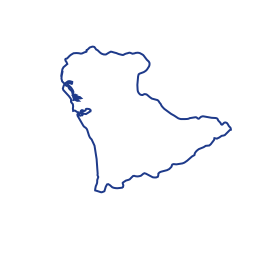 an SVG outline of Sergipe, rotated 121°
{"feature_id": "BRA-629", "entity_name": "Sergipe", "entity_type": "State", "adm_level": 1, "iso_a3": "BRA", "parent_name": "Brazil", "parent_adm1": "", "projection": "robinson", "projection_center": [-37.484, -10.548], "detail": "fine", "context": "isolated", "style": "outline", "palette": "blue", "viewbox_px": 256, "rotation_deg": 121, "n_neighbors": 0, "source": "natural_earth", "source_scale": "10m", "svg_char_len": 4313}
<svg xmlns="http://www.w3.org/2000/svg" viewBox="0 0 256 256"><g transform="rotate(121 128 128)"><path d="M198.4,124.0L197.4,124.6L194.6,125.6L192.4,125.9L191.0,126.2L189.8,126.8L188.4,127.6L185.5,128.2L185.1,128.5L184.3,129.7L183.9,130.0L182.9,130.4L170.8,138.9L160.4,147.6L156.6,153.2L155.8,155.7L154.6,157.5L150.8,161.8L150.0,163.0L149.6,164.4L149.5,166.2L149.1,167.4L143.5,177.5L142.4,178.4L141.7,178.1L141.7,177.2L142.1,176.2L142.1,175.5L141.8,174.9L141.3,174.8L140.9,174.5L140.6,173.7L140.0,173.7L139.5,174.9L138.8,173.9L137.7,171.2L137.1,170.9L134.0,169.3L133.2,169.2L133.0,168.8L132.4,168.9L131.9,169.4L131.7,170.4L131.8,171.1L132.2,172.1L132.7,173.1L133.2,173.7L133.7,173.8L134.3,173.6L134.8,173.5L135.6,174.0L136.2,174.5L136.8,174.9L138.0,175.5L138.0,176.1L136.6,175.5L136.1,175.9L136.4,176.7L137.4,177.2L138.1,177.1L138.4,176.6L138.6,176.1L139.0,176.1L139.8,176.5L140.3,177.0L140.4,177.6L140.0,178.4L140.5,179.3L140.4,182.3L141.1,183.8L141.1,183.3L141.6,183.8L139.8,185.2L137.7,186.2L136.0,187.5L135.3,189.5L135.0,190.2L134.2,190.8L133.3,191.2L132.7,191.7L132.3,192.3L131.1,195.1L128.8,202.9L127.7,204.2L124.3,205.0L123.3,204.7L123.1,204.0L123.5,203.2L123.5,202.5L122.2,202.3L124.3,199.1L124.8,198.1L125.2,195.8L125.5,195.0L126.4,193.9L129.6,191.0L130.4,190.0L130.7,189.6L132.1,189.2L131.1,188.1L130.9,185.6L130.1,184.4L129.8,186.6L129.8,187.6L130.1,188.6L129.6,188.6L128.2,185.7L127.2,184.1L126.6,183.5L126.3,185.3L128.5,189.3L128.5,191.0L128.0,190.4L126.4,189.2L126.5,190.2L126.8,190.8L127.2,191.3L127.4,191.9L127.2,192.8L126.7,193.0L126.0,193.1L125.3,193.3L124.5,194.2L123.9,195.1L122.7,197.6L121.7,202.0L121.2,202.9L120.1,202.8L119.6,201.4L119.0,198.1L118.8,199.3L118.4,199.8L117.7,199.6L117.0,198.8L117.7,201.6L118.2,202.7L119.0,203.5L122.2,204.9L122.7,205.6L121.9,208.5L119.9,210.5L117.5,211.7L115.3,212.5L116.0,212.7L111.4,214.5L109.1,214.6L104.4,213.0L103.1,214.8L102.5,216.2L101.5,217.1L100.9,217.1L99.7,216.0L96.2,215.2L94.6,214.6L92.0,213.2L90.3,210.8L89.2,208.6L88.6,206.9L87.9,205.9L87.2,205.4L86.3,204.8L85.3,204.1L84.5,203.2L83.8,202.9L83.3,203.2L82.9,203.6L82.4,203.6L82.0,203.2L81.2,202.9L78.8,202.3L77.2,201.0L76.5,200.3L76.1,199.4L75.9,198.6L76.1,197.9L76.4,197.3L77.1,195.7L77.0,194.1L77.7,191.1L77.9,189.3L77.8,188.2L77.4,186.6L76.9,185.7L76.5,185.0L76.2,184.7L75.4,184.3L73.3,183.2L71.5,182.1L71.1,181.3L70.3,178.3L69.8,176.7L69.4,174.1L68.5,171.1L68.0,169.9L67.2,169.3L66.4,168.9L64.9,167.7L64.6,167.3L62.8,165.7L62.4,164.7L62.0,162.4L60.6,160.8L59.7,160.1L58.5,158.5L58.0,157.4L57.7,156.3L57.6,153.9L57.6,152.9L57.8,152.0L59.8,147.0L60.3,144.6L60.6,144.0L61.0,143.3L61.7,142.7L62.6,142.2L63.4,141.9L64.4,141.7L68.0,141.8L69.7,142.2L70.4,142.5L72.0,143.3L75.5,146.1L76.2,146.4L76.6,146.5L78.6,145.9L86.2,142.2L90.5,139.3L91.6,138.3L92.3,137.2L92.7,136.2L93.0,135.0L92.9,134.0L92.6,133.2L92.2,132.5L90.6,131.5L90.2,130.8L89.8,129.9L89.7,129.0L89.8,128.2L90.3,125.3L90.5,122.7L88.9,117.1L89.0,116.2L89.4,115.1L89.9,114.3L90.6,112.3L91.1,111.6L91.7,110.6L92.2,109.3L92.9,106.8L93.7,98.4L93.6,94.7L93.8,90.0L93.6,88.9L93.1,87.2L90.0,82.2L89.4,81.5L88.9,80.9L87.8,80.2L84.1,75.8L83.7,75.0L83.7,74.1L83.9,73.3L83.8,72.5L83.4,72.0L81.7,71.5L80.7,71.1L79.6,70.1L79.1,69.2L76.2,61.6L74.4,58.2L74.0,57.1L74.0,56.3L74.3,55.6L74.8,55.0L75.2,54.2L75.9,51.6L76.8,50.1L76.9,49.5L76.6,49.0L76.2,48.8L74.8,48.5L74.0,48.3L73.2,47.6L72.9,46.8L72.8,45.8L73.1,44.9L73.5,44.1L74.3,42.7L74.6,41.9L74.9,40.6L75.1,40.2L75.4,39.8L76.5,38.9L77.4,39.7L84.3,41.4L85.4,42.4L86.5,43.7L89.0,44.8L91.3,46.3L92.2,48.7L94.0,48.1L99.3,48.7L101.1,49.3L103.3,52.2L105.5,53.3L109.6,56.4L111.3,57.1L113.2,57.6L115.2,57.7L117.0,57.1L119.5,58.5L125.5,60.4L128.6,61.8L130.3,63.1L134.0,67.5L134.5,68.3L135.2,69.8L135.6,70.5L136.5,71.2L137.4,71.2L138.2,70.9L139.0,70.8L141.9,71.5L144.0,72.8L148.5,77.2L149.8,78.1L151.4,78.5L152.9,77.7L154.4,77.3L155.8,78.3L156.9,80.0L157.5,81.5L157.9,89.0L158.3,90.6L159.3,91.3L162.2,92.3L163.2,93.2L164.5,94.7L165.4,96.5L165.8,98.0L166.5,98.9L168.2,99.4L171.1,100.1L172.1,100.8L174.1,102.7L177.0,104.1L177.7,104.3L178.2,104.0L179.5,102.5L181.1,101.9L182.2,102.3L184.9,105.8L185.8,107.4L186.5,109.1L186.9,110.9L186.3,114.1L186.3,116.0L187.1,116.9L189.8,116.8L194.2,115.7L194.9,116.0L196.6,117.4L197.0,118.2L197.9,122.1L198.4,124.0Z" fill="none" stroke="#1e3a8a" stroke-width="2"/></g></svg>